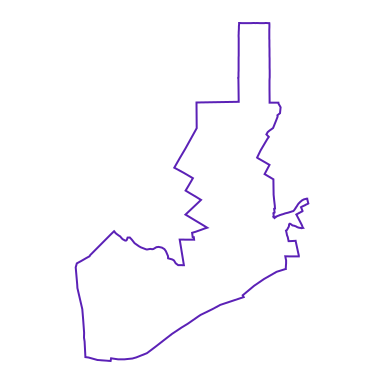 outline of Pietrosani, Teleorman, Romania
{"feature_id": "2599482B72928006157347", "entity_name": "Pietrosani", "entity_type": "district", "adm_level": 2, "iso_a3": "ROU", "parent_name": "Romania", "parent_adm1": "Teleorman", "projection": "albers", "projection_center": [25.643, 43.732], "detail": "fine", "context": "isolated", "style": "outline", "palette": "violet", "viewbox_px": 384, "rotation_deg": 0, "n_neighbors": 0, "source": "geoboundaries", "source_scale": "gbopen_adm2", "svg_char_len": 4964}
<svg xmlns="http://www.w3.org/2000/svg" viewBox="0 0 384 384"><path d="M84.1,332.6L84.1,333.1L84.0,337.7L84.6,341.5L85.4,357.1L88.5,357.5L97.5,360.0L110.6,361.0L111.1,358.3L113.7,358.7L117.9,359.3L124.7,359.3L132.5,358.5L133.1,358.3L136.3,357.4L146.9,353.2L155.4,346.8L164.0,340.1L172.0,333.9L181.6,327.5L187.7,323.8L198.2,316.5L200.6,314.9L212.3,309.2L219.2,305.5L220.2,304.9L231.4,301.2L243.7,297.1L242.7,295.3L254.1,285.8L264.2,278.9L276.6,271.8L285.6,269.0L285.8,269.0L285.8,268.4L285.9,266.0L286.1,263.4L286.1,262.3L286.1,261.3L286.1,260.2L285.8,259.0L285.3,256.3L290.0,256.4L298.8,256.4L298.8,255.8L298.8,255.4L298.3,253.3L297.8,251.0L297.4,249.1L296.8,246.4L296.2,243.6L295.7,241.4L295.6,240.8L294.4,240.9L290.5,241.1L288.6,241.1L288.0,238.3L287.8,237.2L287.0,235.2L286.7,233.6L286.4,232.2L286.0,230.6L286.4,230.4L286.6,230.2L286.9,230.0L287.1,229.7L287.4,229.2L287.9,228.3L288.1,227.8L288.6,227.1L288.7,226.8L288.9,226.2L289.0,225.6L289.0,225.1L289.1,224.5L289.2,224.3L289.3,224.1L289.5,223.8L289.8,223.7L290.0,223.8L290.4,223.9L290.7,224.1L291.3,224.5L291.8,224.9L292.3,225.3L292.5,225.4L292.8,225.5L294.0,225.7L294.4,225.8L295.1,226.1L295.5,226.2L296.2,226.5L296.6,226.8L297.0,227.0L297.6,227.3L298.0,227.4L299.2,227.8L299.6,227.8L300.4,227.9L301.2,228.1L301.6,228.2L301.9,228.1L303.1,227.9L302.7,227.4L302.6,227.2L302.4,226.6L302.2,226.0L301.8,225.0L301.7,224.8L301.0,223.4L298.7,219.0L297.8,217.3L296.6,214.9L296.3,214.5L296.4,214.4L296.8,214.2L299.2,213.0L299.3,212.8L299.5,212.8L301.7,211.6L301.8,211.6L302.5,211.2L302.5,210.7L302.3,210.4L301.9,209.3L301.0,207.2L301.8,206.7L303.5,205.9L305.3,205.1L305.4,204.9L307.8,203.8L307.9,203.7L308.0,203.7L308.3,203.5L308.2,203.2L308.1,202.6L307.8,201.3L307.5,200.2L307.2,198.9L307.2,198.7L306.5,198.7L306.4,198.8L305.3,199.0L303.6,199.5L302.6,200.1L302.1,200.3L301.7,200.7L301.3,201.0L300.6,201.6L300.2,201.9L299.5,202.7L298.7,203.4L298.2,204.1L298.0,204.3L297.4,205.3L297.1,205.8L296.9,206.1L296.8,206.3L296.4,206.9L296.0,207.3L295.8,207.7L295.8,207.8L295.4,208.3L295.4,208.5L294.9,209.1L294.6,209.6L294.2,210.1L293.8,210.6L293.5,210.9L293.4,211.0L293.2,211.1L292.4,211.3L292.1,211.4L290.9,211.8L290.2,212.0L289.0,212.4L288.3,212.6L287.7,212.8L287.1,212.9L286.3,213.1L285.1,213.4L284.5,213.6L284.3,213.7L283.1,214.1L282.5,214.3L282.2,214.4L281.6,214.5L280.9,214.8L280.5,214.9L279.5,215.2L279.4,215.3L278.7,215.6L278.1,215.8L277.1,216.2L276.4,216.5L276.1,216.6L276.2,216.8L274.5,218.0L273.7,216.6L273.4,216.8L273.3,216.5L273.7,216.2L273.7,215.5L273.4,213.3L273.4,213.1L273.5,213.0L273.6,212.9L274.4,212.8L274.5,212.7L274.6,212.3L274.1,208.8L274.2,208.7L274.4,208.6L275.0,208.5L274.9,207.4L274.8,205.7L274.1,199.7L273.6,194.6L273.6,193.5L273.5,187.2L273.4,179.3L264.6,174.1L269.5,164.9L259.3,159.0L257.4,157.9L257.1,157.6L260.6,150.4L265.2,142.6L267.4,138.9L268.8,136.9L266.4,134.4L267.7,132.1L269.6,130.5L271.9,128.9L273.1,128.0L275.8,121.3L277.6,116.7L277.4,115.3L280.0,113.2L280.6,107.3L278.5,103.6L278.4,102.7L273.5,102.7L269.6,102.7L269.6,99.4L269.5,89.1L269.5,80.4L269.6,78.5L269.7,77.3L269.7,75.8L269.7,73.7L269.7,70.6L269.6,67.4L269.6,64.6L269.6,61.8L269.6,60.4L269.6,58.7L269.5,56.1L269.5,52.8L269.5,51.6L269.5,49.3L269.5,49.1L269.4,46.1L269.4,44.4L269.4,41.7L269.4,40.1L269.3,38.9L269.3,37.5L269.3,35.2L269.3,33.9L269.3,31.9L269.3,29.8L269.4,27.1L269.4,25.3L269.4,23.9L269.3,23.1L267.7,23.1L266.2,23.0L265.3,23.0L264.5,23.1L263.0,23.1L262.2,23.1L260.9,23.1L259.2,23.1L256.6,23.0L255.8,23.1L254.1,23.0L253.4,23.0L251.5,23.1L250.1,23.1L247.9,23.1L246.3,23.1L245.2,23.1L243.9,23.1L241.4,23.1L239.7,23.0L239.1,23.0L239.1,24.4L239.0,25.2L238.9,26.4L238.9,28.2L238.8,30.5L238.7,32.2L238.7,34.1L238.6,34.8L238.6,36.3L238.7,38.2L238.7,38.7L238.7,38.9L238.7,55.2L238.7,55.4L238.7,55.7L238.6,57.2L238.6,59.6L238.6,62.7L238.6,65.1L238.6,67.7L238.6,70.6L238.5,72.8L238.5,76.1L238.5,76.8L238.5,77.2L238.4,77.3L238.4,77.5L238.2,77.6L238.2,77.8L238.2,78.0L238.2,78.3L238.4,78.5L238.5,85.5L238.7,101.8L196.5,102.5L196.7,128.2L185.4,148.6L179.9,157.9L174.3,167.7L183.7,172.8L192.9,178.2L188.6,185.6L185.6,190.6L190.2,193.4L196.3,197.0L201.0,199.9L197.9,202.9L191.0,209.4L185.5,214.6L188.5,216.4L195.1,220.4L202.8,225.0L207.2,227.7L204.4,228.6L200.9,229.9L195.5,231.8L192.1,232.8L192.7,237.2L193.8,237.2L194.1,239.7L179.7,239.6L183.9,265.2L178.1,265.1L175.7,263.3L174.0,260.5L173.1,259.9L172.1,259.4L168.1,258.3L168.0,256.1L165.9,251.2L164.4,249.1L161.9,247.6L158.6,246.9L156.4,247.2L153.4,249.0L152.2,249.2L150.2,248.9L147.0,249.5L146.0,249.3L141.0,247.4L139.0,246.3L134.6,243.2L131.7,239.5L129.8,237.5L127.6,237.6L126.8,239.9L126.2,240.5L125.2,240.6L122.5,239.1L120.7,237.1L120.4,236.6L120.2,236.4L119.0,235.7L116.4,233.8L115.4,232.9L114.8,232.1L114.5,231.7L114.4,231.5L114.1,231.2L111.0,234.2L109.6,235.6L90.2,255.1L89.5,256.3L86.2,258.1L81.2,261.0L76.8,263.4L76.4,264.9L75.7,267.3L76.9,281.0L77.2,284.5L77.4,288.0L80.1,299.7L82.3,309.2L83.2,320.1L84.1,332.6Z" fill="none" stroke="#5b21b6" stroke-width="2"/></svg>